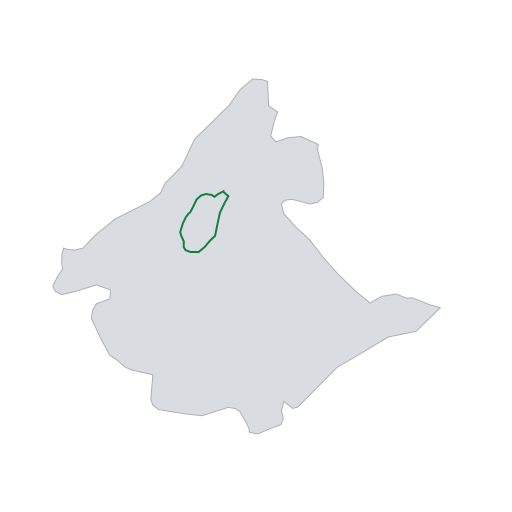 Mojkovac on a map of Montenegro (Natural Earth projection), rotated 283°
{"feature_id": "MNE-1513", "entity_name": "Mojkovac", "entity_type": "Municipality", "adm_level": 1, "iso_a3": "MNE", "parent_name": "Montenegro", "parent_adm1": "", "projection": "natural_earth1", "projection_center": [19.506, 42.966], "detail": "fine", "context": "in_parent", "style": "outline", "palette": "green", "viewbox_px": 512, "rotation_deg": 283, "n_neighbors": 0, "source": "natural_earth", "source_scale": "10m", "svg_char_len": 1703}
<svg xmlns="http://www.w3.org/2000/svg" viewBox="0 0 512 512"><g transform="rotate(283 256 256)"><path d="M220.5,66.8L220.0,69.6L220.9,77.9L224.9,85.9L239.3,94.1L260.3,110.3L285.0,140.1L296.4,149.0L306.6,151.1L326.6,163.5L340.5,166.5L356.0,169.9L396.6,195.8L414.8,203.3L427.8,213.0L429.2,222.2L428.7,227.9L405.3,234.5L401.2,244.6L389.9,243.4L376.1,243.4L371.7,249.8L378.3,260.3L382.5,272.8L379.1,289.8L378.0,292.0L374.7,291.4L355.4,301.3L341.0,306.0L328.0,308.3L321.9,303.5L318.8,297.1L319.4,278.4L317.0,272.1L312.6,269.0L303.7,273.4L293.4,287.9L283.8,304.7L269.4,322.2L257.5,339.0L244.6,360.2L235.8,377.7L245.0,387.6L250.5,401.4L248.8,411.7L250.4,417.7L247.6,435.8L247.0,447.2L218.7,429.0L207.0,403.4L165.7,360.1L118.3,330.7L115.8,326.1L118.4,320.4L120.7,315.9L110.8,315.6L103.9,319.2L97.4,318.2L90.0,307.2L83.0,297.6L82.8,289.2L86.0,288.1L90.7,284.7L100.7,275.4L102.7,270.5L102.3,263.0L88.3,239.5L86.4,224.2L84.5,195.8L87.5,189.0L92.6,185.8L117.1,182.2L116.9,160.1L118.3,153.5L123.2,144.3L126.4,135.9L140.0,123.8L158.4,109.5L166.5,109.1L173.5,111.1L181.5,123.4L190.1,121.8L192.0,107.0L180.7,87.6L174.6,75.2L176.5,68.4L180.8,64.8L190.5,67.0L199.9,70.4L205.8,68.1L215.1,66.4L220.5,66.8Z" fill="#d9dde1" stroke="#a8b0b8" stroke-width="1"/><path d="M245.2,190.8L245.9,186.0L248.4,183.6L254.1,182.3L258.3,179.0L259.6,178.2L262.2,176.8L268.4,177.2L271.4,177.4L278.3,179.0L282.5,181.0L283.8,182.1L289.5,183.6L297.7,185.4L302.6,188.8L305.2,193.4L305.5,199.2L304.3,202.2L307.5,204.8L311.7,209.7L311.1,209.9L308.1,215.6L301.4,213.7L296.5,212.5L289.9,211.1L277.7,211.3L266.5,211.6L260.5,207.7L252.9,203.8L252.6,203.5L247.0,199.2L245.2,191.4L245.2,190.8Z" fill="none" stroke="#15803d" stroke-width="2"/></g></svg>